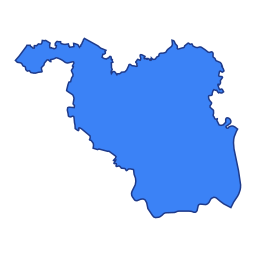 Can Giuoc, Long An, Vietnam (orthographic projection)
{"feature_id": "81297802B44556348511886", "entity_name": "Can Giuoc", "entity_type": "district", "adm_level": 2, "iso_a3": "VNM", "parent_name": "Vietnam", "parent_adm1": "Long An", "projection": "orthographic", "projection_center": [106.662, 10.577], "detail": "fine", "context": "isolated", "style": "filled", "palette": "blue", "viewbox_px": 256, "rotation_deg": 0, "n_neighbors": 0, "source": "geoboundaries", "source_scale": "gbopen_adm2", "svg_char_len": 5651}
<svg xmlns="http://www.w3.org/2000/svg" viewBox="0 0 256 256"><path d="M30.8,72.5L33.6,73.1L35.7,73.1L38.3,72.3L41.8,71.9L42.1,71.3L41.5,69.3L41.4,67.6L43.9,65.1L44.4,63.1L47.0,60.0L48.0,59.8L48.5,60.1L50.3,61.6L50.9,61.6L50.6,59.6L53.1,59.1L54.5,58.6L56.0,57.8L56.6,57.8L58.6,58.4L61.0,59.5L62.9,60.6L65.1,62.3L66.3,62.8L67.7,63.0L72.6,61.8L73.3,61.8L73.7,62.2L73.9,63.2L72.4,66.0L72.8,66.7L73.3,66.7L73.1,67.7L71.6,69.9L71.4,70.5L71.6,71.2L73.0,74.3L72.9,76.1L71.9,77.4L71.5,78.3L70.6,81.7L68.9,82.1L67.9,84.9L66.6,90.3L66.7,90.7L68.3,91.9L72.0,94.3L73.0,95.2L73.8,97.3L74.0,98.6L73.1,103.7L73.3,104.3L74.4,105.4L74.4,106.7L74.2,107.6L69.5,107.2L68.5,107.3L67.7,107.7L67.3,110.0L68.1,113.7L68.4,116.0L69.1,116.6L70.2,116.9L70.9,116.9L72.3,116.2L73.0,116.2L73.7,116.6L74.0,117.5L74.5,122.8L75.0,125.0L75.2,128.6L77.7,130.4L78.3,130.6L78.8,130.1L78.9,129.1L78.6,128.6L78.9,127.9L79.3,127.8L80.3,128.1L81.6,128.9L90.1,136.0L90.2,138.0L89.5,139.7L89.9,140.1L91.0,140.4L91.6,141.0L93.3,143.4L93.5,145.5L93.1,148.2L97.6,149.6L98.9,149.0L107.6,151.3L109.1,151.3L115.2,155.8L116.0,156.6L115.6,158.0L113.7,160.1L113.5,160.5L114.1,160.7L115.7,160.2L115.4,161.1L114.1,162.8L114.0,163.4L114.9,163.7L115.7,163.5L116.3,163.7L116.5,164.3L116.0,165.9L116.2,166.3L116.7,166.5L118.6,166.0L119.3,166.1L119.9,166.4L121.4,168.2L124.8,168.5L125.2,168.8L126.2,170.5L126.5,170.6L127.1,170.3L128.5,169.0L130.3,168.9L133.3,169.5L133.6,169.9L134.1,174.3L135.5,178.1L135.8,181.3L135.3,184.7L132.0,191.4L131.5,193.2L131.7,195.3L132.3,196.7L134.3,199.6L135.0,200.3L135.8,200.6L137.0,200.7L140.5,199.3L142.2,199.0L143.6,199.1L145.1,199.9L146.7,202.8L147.9,208.6L152.5,215.5L153.8,217.0L155.5,217.6L158.9,217.2L160.2,216.6L162.1,215.2L163.7,213.6L165.5,212.8L174.3,212.5L175.7,212.1L177.2,211.4L178.8,211.1L188.9,211.1L191.6,211.4L193.7,212.2L195.1,212.3L195.9,212.0L196.6,211.3L197.1,210.5L198.2,205.6L198.6,204.9L199.6,204.3L200.5,204.1L205.6,204.6L206.4,204.4L207.6,203.8L209.0,202.4L210.7,199.2L211.4,198.4L213.7,197.3L214.9,197.4L216.3,197.9L220.3,201.3L223.8,203.9L230.9,207.6L233.6,202.1L237.5,196.3L238.8,193.8L240.1,190.0L240.5,187.8L240.6,184.9L238.5,170.6L234.0,148.9L233.5,142.8L233.7,139.4L234.2,136.8L236.4,131.3L237.6,129.1L234.8,126.9L232.8,126.0L231.6,126.0L229.3,126.7L227.9,128.2L227.1,128.2L226.6,127.9L226.0,127.0L226.0,126.4L226.6,125.9L227.8,125.3L228.8,124.3L230.0,123.7L230.7,122.6L230.9,121.9L230.8,120.7L230.1,119.3L229.1,118.4L228.0,117.9L227.0,117.8L226.3,118.2L225.7,119.2L225.7,122.4L224.3,123.6L223.5,124.7L221.6,125.3L220.5,125.3L219.1,124.9L216.9,120.5L216.9,119.8L217.3,119.2L217.3,118.8L216.0,119.2L215.2,119.0L214.7,118.5L214.1,117.0L213.2,115.8L213.2,114.8L213.6,113.2L213.5,110.5L213.3,110.1L210.1,107.3L210.0,105.8L211.2,104.2L211.6,103.1L211.5,102.6L210.1,101.0L209.1,99.6L208.7,98.3L208.5,96.3L208.7,95.9L209.2,95.6L211.3,95.4L211.8,95.2L212.2,94.5L212.2,93.5L212.8,91.3L213.6,89.9L213.9,89.6L215.4,90.3L216.7,90.3L217.6,91.8L218.7,92.9L219.4,92.4L220.6,92.9L221.9,93.0L223.6,91.8L222.3,89.4L221.2,89.0L219.9,89.7L219.6,89.5L219.0,88.4L217.8,84.9L218.2,84.2L219.2,84.9L219.7,84.5L220.5,83.0L220.4,80.5L222.5,77.6L222.4,77.1L222.0,76.6L219.4,76.3L218.7,75.8L218.7,75.1L219.5,71.5L220.3,71.0L222.1,72.1L222.6,72.1L224.0,70.9L223.3,68.9L221.8,66.3L221.8,66.0L222.2,66.0L221.3,63.7L220.3,62.5L216.3,60.8L215.8,60.4L215.2,58.9L214.7,58.2L213.2,57.1L213.0,56.5L213.1,53.7L212.8,52.7L212.3,52.1L211.3,51.8L209.6,52.4L208.2,52.2L204.9,49.6L201.3,47.2L200.0,46.9L197.4,47.6L195.8,47.4L193.1,46.1L191.9,43.9L190.1,44.3L188.5,43.1L187.9,43.2L184.7,45.8L184.3,47.0L183.8,47.6L181.9,48.0L178.5,49.0L177.8,49.0L177.3,48.6L177.2,48.4L177.4,47.2L177.2,45.9L175.3,43.7L174.3,41.5L173.7,40.7L172.0,40.2L172.4,44.0L172.3,44.8L171.6,46.4L168.0,49.2L166.9,50.4L166.1,51.9L165.3,52.5L163.3,53.1L160.7,53.2L159.6,53.6L159.1,54.2L158.7,56.1L156.9,56.9L155.4,58.9L154.8,59.3L152.9,59.4L151.4,57.9L151.4,59.7L151.0,60.3L150.7,60.3L150.7,59.1L150.4,59.0L149.7,59.8L149.4,59.2L148.7,59.0L147.9,58.4L147.6,58.5L147.6,59.0L147.2,59.3L146.7,59.2L146.2,58.5L145.7,58.7L145.1,58.4L144.4,58.7L144.1,58.2L144.3,57.4L144.7,57.1L145.0,56.4L142.1,54.9L140.8,54.6L140.5,54.7L140.2,55.0L140.1,56.0L140.8,58.4L140.3,60.2L140.1,60.3L137.8,59.3L137.1,60.0L136.7,60.8L135.8,61.8L135.8,62.5L136.9,63.5L136.8,64.7L137.2,65.8L137.0,66.3L136.0,66.4L134.7,66.0L132.0,65.7L130.3,64.4L129.4,64.4L128.9,64.8L128.7,65.7L126.7,70.0L124.8,71.9L121.4,72.2L121.0,72.8L120.2,73.4L119.3,73.8L117.8,73.7L117.3,73.9L116.9,74.7L115.6,72.8L114.7,71.8L114.0,71.5L112.9,71.6L111.4,73.6L111.1,72.3L111.2,71.1L112.2,69.6L111.4,67.3L111.5,66.1L111.3,62.8L112.9,62.2L112.0,60.1L112.3,59.7L111.9,59.3L111.3,59.2L111.3,58.1L110.9,56.6L110.3,56.4L109.7,56.5L108.6,57.9L107.3,58.3L106.5,59.0L104.0,58.5L102.1,57.3L102.8,54.3L104.0,54.2L105.3,53.3L105.4,52.9L105.0,51.5L105.5,51.1L106.0,50.3L100.6,48.1L98.0,45.9L84.4,38.4L83.4,39.8L83.1,41.0L82.4,42.2L81.8,43.9L80.8,45.1L80.7,46.2L80.3,46.5L79.3,46.7L79.3,47.0L78.9,46.6L78.5,45.3L77.6,44.6L74.5,43.5L73.6,43.4L73.9,46.6L69.7,47.3L69.5,46.3L68.9,46.3L68.4,43.9L65.2,44.4L63.7,44.3L61.2,43.6L60.7,42.9L60.6,41.7L58.5,41.7L57.2,41.4L56.8,41.5L55.5,43.0L55.2,43.8L55.3,45.5L56.4,45.7L56.2,47.3L55.5,48.3L54.0,48.8L53.6,48.4L51.9,48.2L51.6,47.7L50.5,47.9L49.9,47.7L49.6,45.2L50.1,43.1L45.7,40.4L44.2,40.7L42.3,40.4L41.9,42.9L41.4,43.7L40.6,44.2L38.4,43.9L36.6,45.7L34.4,45.6L34.1,46.3L34.4,47.7L34.2,48.1L32.7,48.0L31.6,46.8L30.9,46.6L30.5,46.2L30.3,45.3L26.9,45.3L26.3,46.5L19.0,56.3L15.4,60.4L17.3,62.3L20.6,62.8L21.8,63.7L22.9,65.7L23.4,66.1L25.0,66.6L25.4,67.3L25.8,69.7L27.3,71.1L29.4,70.7L30.8,72.5Z" fill="#3b82f6" stroke="#1e3a8a" stroke-width="1.5"/></svg>